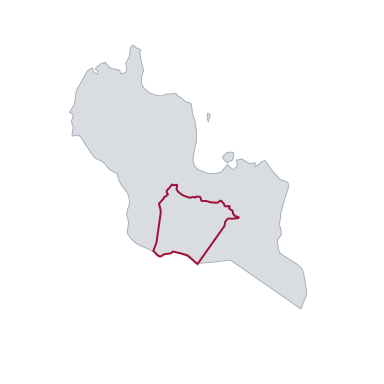 Tunisia, with Kebili highlighted, rotated 317°
{"feature_id": "TUN-97", "entity_name": "Kebili", "entity_type": "Governorate", "adm_level": 1, "iso_a3": "TUN", "parent_name": "Tunisia", "parent_adm1": "", "projection": "robinson", "projection_center": [9.372, 33.366], "detail": "fine", "context": "in_parent", "style": "outline", "palette": "rose", "viewbox_px": 384, "rotation_deg": 317, "n_neighbors": 0, "source": "natural_earth", "source_scale": "10m", "svg_char_len": 4524}
<svg xmlns="http://www.w3.org/2000/svg" viewBox="0 0 384 384"><g transform="rotate(317 192 192)"><path d="M266.9,219.0L266.8,220.2L265.5,228.7L265.2,231.8L265.1,237.0L265.1,243.3L268.2,248.6L268.3,250.9L267.1,253.6L261.6,256.7L254.4,260.6L248.2,264.4L241.5,268.6L239.4,271.2L236.1,273.3L233.3,275.4L232.8,277.3L230.8,281.1L228.2,284.1L221.8,285.5L220.6,286.4L217.6,290.9L216.3,292.6L214.6,296.3L216.8,305.9L219.5,315.8L220.0,319.9L220.0,323.3L218.5,327.0L215.1,332.3L212.6,336.1L207.7,343.1L206.3,344.8L203.0,346.8L196.5,349.5L192.0,351.9L189.6,341.3L187.7,332.2L186.0,324.7L183.2,311.6L180.7,300.4L178.3,289.2L176.1,279.1L173.9,268.9L173.0,267.5L166.4,262.6L160.3,258.2L153.9,253.2L147.1,247.7L146.0,240.8L142.5,230.5L138.8,224.7L137.4,223.2L129.9,219.4L125.6,216.7L124.5,215.1L123.6,210.9L120.6,202.5L117.1,194.8L115.9,189.7L115.7,183.2L116.5,178.5L118.0,176.5L125.3,170.7L128.7,163.7L132.9,161.0L136.5,159.1L139.5,156.8L142.1,153.0L144.1,149.1L144.4,144.8L145.3,138.0L146.6,133.3L149.7,128.0L148.5,123.7L146.9,119.0L147.4,111.0L147.0,107.7L145.7,104.8L144.3,101.1L144.3,98.0L145.6,90.0L146.6,83.8L148.2,75.7L147.7,73.5L146.5,71.8L143.0,70.0L143.0,68.9L143.9,67.8L149.1,63.9L151.9,58.1L154.2,56.9L157.7,54.8L157.6,52.6L156.8,50.2L166.0,47.5L174.7,40.4L177.8,38.6L198.1,32.1L200.7,32.5L203.7,33.5L202.8,35.9L201.7,37.9L203.4,41.3L205.8,39.2L205.2,37.8L205.1,36.0L209.2,35.8L212.9,36.1L217.0,38.1L216.7,45.8L222.1,53.4L220.6,57.2L225.1,59.4L229.0,56.7L231.0,52.8L238.2,50.5L245.0,44.7L248.8,44.1L249.7,48.9L251.6,53.0L249.0,54.5L245.7,58.9L239.5,70.1L233.7,73.4L229.4,77.7L228.0,80.8L227.6,84.4L228.7,90.8L231.9,97.3L235.6,101.2L239.1,102.5L247.4,108.7L247.3,112.4L248.5,116.8L248.9,122.1L251.8,126.3L245.7,135.6L242.4,142.3L235.9,151.6L230.0,157.6L217.5,166.6L214.4,169.5L212.4,172.6L211.5,175.8L211.8,179.6L216.0,188.9L221.5,194.4L227.1,197.3L236.9,196.1L236.6,199.7L237.3,204.0L241.3,203.8L243.9,203.1L246.1,199.0L250.9,201.8L253.4,210.5L257.5,213.3L258.0,214.3L256.6,214.9L255.4,215.9L256.6,216.7L260.6,217.7L262.9,217.0L266.9,219.0ZM246.1,194.7L245.1,194.9L243.3,196.1L242.3,196.2L239.6,194.9L238.5,194.9L237.2,193.9L237.6,188.6L238.1,187.2L244.7,187.0L248.3,190.1L248.9,190.9L249.1,191.8L247.4,193.6L246.1,194.7ZM257.9,148.2L252.1,151.5L253.2,148.6L257.0,145.2L258.0,146.0L257.9,148.2Z" fill="#d9dde1" stroke="#a8b0b8" stroke-width="1"/><path d="M136.2,222.6L135.4,222.5L134.6,222.3L133.9,221.9L129.7,218.9L128.4,218.4L126.6,218.2L125.2,217.8L124.2,216.8L123.6,214.6L123.6,208.7L124.3,208.3L131.6,204.7L154.8,186.0L156.9,183.5L159.9,178.0L166.4,177.5L167.7,176.9L168.1,176.8L168.3,176.8L169.8,177.2L172.1,177.4L172.4,177.4L172.5,177.4L172.8,177.2L173.0,176.8L173.0,176.6L173.0,175.7L173.0,175.3L173.1,175.2L173.3,174.8L173.4,174.7L173.5,174.5L174.4,174.1L175.9,173.5L176.2,173.5L176.9,173.7L177.4,173.7L182.4,172.9L182.7,173.7L183.1,174.3L183.7,175.0L183.9,175.1L185.6,176.2L185.8,176.4L185.8,176.6L185.7,176.9L185.0,177.5L183.6,178.6L182.9,179.2L182.7,179.3L182.6,179.5L182.4,179.8L182.3,180.1L182.1,181.9L182.2,183.8L182.5,185.8L182.9,187.5L183.5,189.1L184.5,191.3L186.5,194.7L186.6,194.9L186.8,195.0L188.6,195.8L189.0,196.0L189.3,196.3L189.5,196.5L189.7,196.8L190.2,197.8L190.3,197.9L190.5,198.1L190.8,198.3L191.0,198.4L191.7,198.3L191.9,198.3L192.0,198.3L194.0,200.3L194.3,200.8L194.5,201.0L194.5,201.3L194.5,201.5L194.4,201.8L194.2,202.5L193.2,204.0L193.1,204.3L193.1,204.5L193.0,204.9L193.1,205.2L193.2,205.4L196.2,208.2L196.7,208.9L198.2,211.7L198.8,212.4L200.3,214.1L202.5,216.4L203.2,217.0L204.0,217.3L204.6,217.4L205.0,217.4L205.3,217.4L205.6,217.4L206.0,217.5L206.8,217.8L207.1,218.0L207.3,218.2L207.3,218.3L207.3,218.5L207.3,221.9L207.3,222.2L207.2,222.6L206.7,223.8L206.5,224.5L206.5,224.9L206.7,225.2L206.8,225.4L207.0,225.6L208.6,226.7L209.5,227.7L209.6,228.0L209.6,228.3L209.1,228.5L208.7,228.6L208.3,228.8L208.2,229.0L208.1,229.3L208.1,229.5L208.1,230.3L208.3,231.7L208.4,232.1L208.7,232.5L208.9,232.9L208.9,233.2L208.9,233.4L208.8,233.5L208.4,234.3L207.4,235.4L207.3,235.6L207.1,236.7L207.1,238.5L207.1,238.9L207.2,239.1L208.7,241.8L208.8,242.0L208.9,242.3L208.8,242.5L208.7,242.5L208.3,242.6L208.1,242.5L207.7,242.3L206.8,241.8L202.7,238.5L201.5,237.0L201.3,236.8L201.0,236.6L200.7,236.4L200.0,236.1L199.4,236.0L198.9,236.0L197.7,236.1L196.7,236.3L195.8,236.6L195.0,237.1L193.5,238.4L193.1,238.6L192.1,239.1L147.7,248.3L147.0,248.5L147.0,248.4L146.6,247.0L146.2,242.3L145.7,236.0L145.2,234.5L141.4,228.5L137.8,222.9L137.0,222.4L136.2,222.6Z" fill="none" stroke="#9f1239" stroke-width="2"/></g></svg>